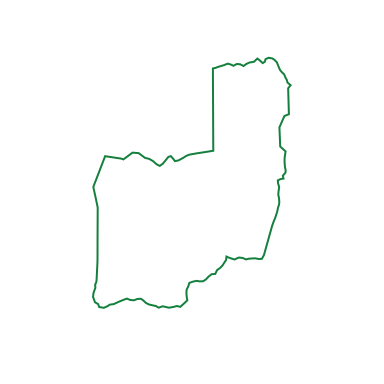 the district of Girau do Ponciano, Alagoas, Brazil, rotated 58°
{"feature_id": "56859067B72153496199233", "entity_name": "Girau do Ponciano", "entity_type": "district", "adm_level": 2, "iso_a3": "BRA", "parent_name": "Brazil", "parent_adm1": "Alagoas", "projection": "albers", "projection_center": [-36.839, -9.793], "detail": "fine", "context": "isolated", "style": "outline", "palette": "green", "viewbox_px": 384, "rotation_deg": 58, "n_neighbors": 0, "source": "geoboundaries", "source_scale": "gbopen_adm2", "svg_char_len": 2008}
<svg xmlns="http://www.w3.org/2000/svg" viewBox="0 0 384 384"><g transform="rotate(58 192 192)"><path d="M279.6,268.7L280.7,265.2L283.2,262.8L282.2,257.2L281.4,253.4L279.2,252.5L277.0,251.5L274.1,249.9L271.9,248.2L270.0,245.1L267.7,242.4L268.4,239.1L269.7,235.3L272.0,232.7L273.6,229.7L273.5,226.3L272.6,223.2L272.1,218.9L273.8,215.7L271.5,212.1L271.3,208.5L270.5,205.1L269.2,202.4L267.7,199.1L265.0,197.0L267.1,195.6L269.2,193.9L271.7,191.8L272.4,187.0L274.7,184.1L277.8,181.9L278.7,179.1L280.3,176.1L281.9,173.3L284.2,170.9L285.7,168.2L283.6,164.4L263.0,141.8L259.8,137.7L258.4,135.6L256.4,133.2L253.9,130.2L250.9,127.4L249.0,125.1L247.0,123.4L243.4,121.5L239.9,120.2L237.1,118.1L234.1,115.5L229.9,114.3L227.6,113.0L228.0,110.0L229.1,107.3L226.3,106.3L225.2,102.6L223.3,101.1L220.0,99.9L215.6,97.6L212.3,95.5L207.1,91.1L204.8,91.8L200.2,93.1L186.5,85.3L183.5,83.6L176.5,73.3L177.4,68.6L155.0,55.5L153.7,51.8L149.8,53.0L147.1,52.2L144.4,52.1L141.2,51.5L138.0,52.3L135.2,52.7L131.9,52.2L127.0,51.3L123.4,52.1L121.2,53.2L118.8,55.8L118.3,59.2L120.1,61.2L120.2,63.7L116.9,64.6L113.5,65.8L114.4,70.5L112.6,74.8L112.2,78.3L112.5,81.5L109.3,83.4L107.2,86.1L106.9,90.0L104.5,91.5L102.1,93.7L101.3,98.0L100.4,101.1L99.6,104.0L99.2,106.4L98.3,108.8L168.3,152.1L164.8,160.4L161.8,167.3L158.9,174.5L158.3,177.9L158.4,181.2L158.0,186.9L156.8,190.1L153.3,190.4L150.3,191.0L149.7,193.4L152.5,201.6L152.8,205.5L149.8,207.3L145.3,208.6L141.3,210.7L138.1,213.8L130.8,216.6L127.1,221.6L128.0,232.9L126.1,234.4L115.6,246.7L135.4,273.0L146.8,277.1L155.2,280.2L182.6,297.5L196.3,306.1L199.6,308.2L201.6,309.5L215.7,319.3L217.7,320.9L219.1,323.1L222.1,324.8L225.4,329.0L228.5,331.5L234.1,332.7L237.3,331.0L240.4,331.7L243.5,328.1L244.0,324.7L244.0,321.3L245.6,317.8L246.3,312.3L247.2,307.0L247.9,303.7L250.7,301.7L253.1,298.6L253.8,294.9L255.5,291.9L258.1,290.8L261.8,289.8L264.7,288.0L267.1,285.6L269.6,283.0L272.4,281.6L273.4,277.4L276.2,274.6L277.9,272.9L279.6,268.7Z" fill="none" stroke="#15803d" stroke-width="2"/></g></svg>